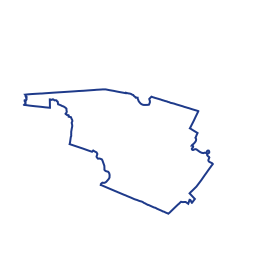 the district of Cojasca, Dâmbovita, Romania, rotated 43°
{"feature_id": "2599482B36729766611889", "entity_name": "Cojasca", "entity_type": "district", "adm_level": 2, "iso_a3": "ROU", "parent_name": "Romania", "parent_adm1": "Dâmbovita", "projection": "robinson", "projection_center": [25.841, 44.719], "detail": "fine", "context": "isolated", "style": "outline", "palette": "blue", "viewbox_px": 256, "rotation_deg": 43, "n_neighbors": 0, "source": "geoboundaries", "source_scale": "gbopen_adm2", "svg_char_len": 5672}
<svg xmlns="http://www.w3.org/2000/svg" viewBox="0 0 256 256"><g transform="rotate(43 128 128)"><path d="M99.6,178.1L104.0,176.1L108.8,173.9L114.6,171.4L117.9,169.9L117.9,168.2L118.6,168.1L120.2,167.7L121.2,167.4L121.7,167.3L123.3,167.9L123.6,168.5L123.9,169.1L124.2,169.8L124.6,170.5L125.7,170.8L127.0,170.9L127.8,169.9L128.7,169.4L130.2,168.8L130.8,169.0L131.3,169.1L134.0,170.5L136.5,171.8L138.4,173.7L139.2,174.6L139.9,174.8L141.3,174.6L143.4,173.5L145.1,173.9L146.6,174.9L148.3,176.9L148.7,178.7L148.8,182.1L148.6,183.2L148.3,183.8L147.9,184.5L146.6,185.4L146.4,186.4L146.4,187.5L147.0,188.3L147.4,188.0L153.0,186.0L160.7,183.2L161.3,183.0L163.1,182.3L164.3,181.9L165.6,181.4L170.8,179.5L172.2,178.9L173.5,178.5L177.4,177.0L181.2,175.7L182.5,175.1L183.3,174.7L183.7,174.5L184.5,174.2L185.8,173.7L187.0,173.1L187.9,172.6L189.1,172.1L190.1,172.0L191.1,171.8L191.8,171.5L192.4,171.3L193.2,171.2L193.8,171.0L194.6,170.8L195.0,170.7L195.4,170.3L196.1,170.1L200.0,168.8L201.4,168.3L202.2,167.8L202.7,167.6L204.2,167.3L204.6,167.1L205.0,167.0L209.0,165.6L209.3,165.5L210.3,165.3L210.6,165.1L211.1,164.8L211.6,164.6L212.7,164.3L213.3,164.1L213.9,163.9L214.6,163.6L215.3,163.3L215.9,163.2L216.2,161.0L216.2,160.4L216.3,158.4L216.4,156.3L216.5,154.4L216.6,152.6L216.7,150.9L216.8,149.4L216.9,149.2L217.0,146.8L217.1,145.8L218.2,145.2L220.6,142.8L223.7,142.3L222.0,138.5L222.3,138.3L222.6,138.2L223.1,138.2L223.5,138.4L224.0,138.5L224.7,138.9L225.7,139.2L225.8,139.1L225.3,134.3L217.6,133.8L217.6,131.6L217.7,130.9L218.0,124.2L217.2,116.4L216.2,109.5L216.2,109.3L215.9,107.0L215.6,104.9L215.1,101.1L215.1,100.9L215.1,100.7L214.8,98.9L214.8,98.2L214.7,97.7L214.7,97.2L214.6,96.5L213.8,96.4L213.5,96.4L210.6,97.3L209.9,97.3L209.5,97.2L209.0,97.0L208.6,96.6L208.5,96.3L207.6,94.1L206.8,93.9L206.5,94.0L205.9,94.1L205.2,94.0L204.5,93.9L204.1,93.6L203.8,93.2L203.8,92.7L204.0,91.9L204.1,91.3L204.2,90.7L203.8,90.1L203.2,89.7L202.5,89.5L202.0,89.8L201.7,90.2L201.6,90.6L201.6,91.0L201.8,91.6L202.1,92.3L202.2,92.7L202.1,93.1L201.4,93.4L200.8,93.9L200.4,94.8L199.6,95.4L198.7,95.9L197.8,96.2L196.7,96.5L194.2,96.8L193.1,96.9L192.5,97.1L192.1,97.2L191.8,97.5L191.4,97.9L190.8,99.3L190.6,99.7L190.2,100.0L189.7,100.1L189.3,100.0L189.0,99.8L188.8,99.6L188.7,99.2L188.7,98.7L188.7,98.0L188.6,97.6L188.4,97.4L188.3,97.1L188.0,96.9L187.7,96.9L187.4,97.0L187.0,97.2L186.6,97.5L186.5,97.0L186.7,95.1L186.8,94.2L186.7,92.6L186.6,91.8L186.4,91.2L186.3,90.9L186.0,90.4L185.7,90.0L185.4,89.7L185.1,89.5L184.5,89.3L184.0,89.2L183.8,88.3L183.7,88.2L183.5,87.7L183.2,86.8L183.0,86.4L182.8,85.9L182.7,85.4L182.5,84.8L182.4,84.6L182.3,84.2L182.2,84.2L181.9,84.3L181.5,84.4L180.5,84.6L180.4,84.6L179.7,84.8L179.4,84.8L179.0,84.9L178.6,85.0L178.1,85.1L177.6,85.2L176.1,85.5L173.7,85.9L173.5,86.0L171.2,78.0L170.3,75.2L170.0,74.3L168.2,68.4L168.0,67.8L167.9,67.7L167.7,67.8L166.4,68.4L162.6,70.3L158.3,72.3L157.9,72.6L157.4,72.8L155.6,73.7L155.1,74.0L153.2,74.8L151.2,75.8L149.4,76.7L147.8,77.5L147.2,77.8L146.7,78.0L146.1,78.3L145.5,78.5L143.0,79.9L142.8,80.1L142.4,80.3L141.9,80.6L141.2,80.8L140.6,81.0L139.7,81.5L139.1,81.8L138.8,81.9L138.4,82.0L136.8,82.9L136.0,83.3L135.2,83.6L134.6,84.0L133.8,84.3L133.3,84.6L133.0,84.7L132.7,84.8L132.4,84.9L132.2,85.0L131.4,85.5L131.2,85.6L130.8,85.7L130.4,85.9L129.9,86.2L128.5,86.9L127.2,87.6L126.4,87.9L126.1,88.1L124.8,88.7L123.8,89.1L123.8,89.5L123.7,92.2L123.8,92.3L124.2,92.6L125.0,93.0L125.7,93.4L126.1,93.9L126.5,94.3L127.2,96.0L127.4,96.7L127.3,96.8L126.6,97.7L124.3,99.9L123.5,100.6L122.5,101.1L120.7,101.5L118.5,101.3L117.0,100.9L116.4,100.5L115.2,100.0L114.5,99.4L114.4,99.3L113.0,100.5L112.6,100.2L111.6,100.5L110.8,100.5L110.0,100.5L109.4,100.3L108.3,100.8L107.1,101.0L106.9,101.1L105.8,101.6L105.5,101.9L105.2,102.1L103.0,103.4L102.5,103.6L102.7,104.0L95.2,108.8L92.2,110.6L88.9,112.8L85.5,114.9L83.1,117.1L82.0,118.3L79.1,121.3L77.4,123.2L74.7,126.1L72.1,128.9L69.9,131.3L66.5,134.8L64.1,137.4L62.6,139.0L57.7,144.2L54.3,147.8L52.4,149.8L49.2,153.2L45.2,157.5L43.7,159.1L41.9,161.1L40.3,162.7L37.7,165.4L35.8,167.4L33.9,169.4L32.0,171.5L30.2,173.6L30.3,173.6L30.5,173.7L30.7,173.8L30.8,174.1L31.0,174.4L31.2,174.5L31.5,174.6L32.1,174.4L32.4,174.3L32.8,174.5L32.9,174.8L32.9,175.1L32.9,175.5L33.1,175.6L33.4,175.6L33.7,175.7L33.9,175.8L34.1,176.0L34.3,176.3L34.5,177.0L34.6,177.4L33.7,177.9L33.5,178.2L33.7,178.5L34.2,178.9L34.6,178.9L35.2,178.9L35.5,179.0L35.7,179.3L35.7,179.7L35.9,179.9L36.1,180.0L36.4,180.0L36.6,180.2L36.5,180.5L36.2,181.5L36.2,181.9L36.2,182.0L36.3,182.0L37.8,180.8L40.7,178.8L45.0,175.6L50.1,171.7L53.4,169.3L56.9,166.6L57.1,166.4L51.3,160.4L51.5,160.2L52.1,159.9L52.9,159.6L53.0,159.5L53.1,159.4L53.1,159.0L53.2,158.8L53.3,158.6L53.5,158.2L53.9,158.1L54.2,158.0L54.6,158.0L55.1,157.9L55.4,157.9L55.6,157.7L56.0,157.2L56.6,156.7L57.0,156.6L57.8,156.9L58.5,156.7L59.0,156.9L59.4,157.3L60.0,157.8L60.4,158.1L60.7,158.3L60.9,158.3L61.0,158.2L61.3,158.0L62.3,157.6L63.5,157.2L63.9,157.0L64.7,156.9L65.7,156.4L66.2,156.2L67.8,155.9L68.9,155.8L69.6,155.8L69.9,155.9L70.5,156.6L71.1,157.1L72.2,157.9L72.3,158.3L72.5,158.8L72.6,160.2L72.8,160.3L73.2,160.3L73.7,160.0L74.0,160.0L74.6,160.1L74.8,160.0L75.1,159.8L75.6,159.3L75.8,159.2L76.0,159.2L76.2,159.3L76.3,159.4L76.7,160.0L76.9,160.2L77.1,160.1L77.3,160.0L77.6,159.8L78.5,159.2L78.8,159.0L79.0,159.0L79.5,159.3L80.1,159.6L81.9,160.3L82.6,160.9L82.8,161.4L83.0,161.9L83.2,162.5L83.7,162.9L83.8,163.0L84.4,163.3L85.6,164.3L85.9,164.6L86.8,166.0L87.2,166.7L88.6,168.8L88.7,169.0L88.9,169.3L89.5,170.0L90.2,170.7L90.7,171.3L91.1,171.8L91.5,172.1L92.0,172.7L92.2,173.4L93.2,174.9L94.9,177.3L96.0,179.0L96.3,179.6L99.6,178.1Z" fill="none" stroke="#1e3a8a" stroke-width="2"/></g></svg>